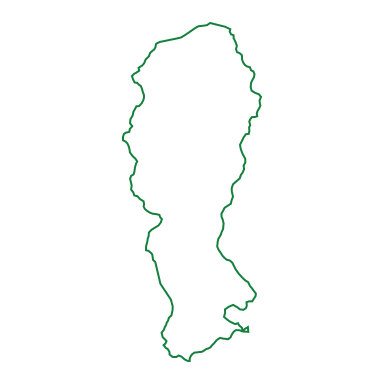 Bela Vista do Toldo, Santa Catarina, Brazil (Albers equal-area conic projection)
{"feature_id": "56859067B62189551957351", "entity_name": "Bela Vista do Toldo", "entity_type": "district", "adm_level": 2, "iso_a3": "BRA", "parent_name": "Brazil", "parent_adm1": "Santa Catarina", "projection": "albers", "projection_center": [-50.481, -26.437], "detail": "fine", "context": "isolated", "style": "outline", "palette": "green", "viewbox_px": 384, "rotation_deg": 0, "n_neighbors": 0, "source": "geoboundaries", "source_scale": "gbopen_adm2", "svg_char_len": 3574}
<svg xmlns="http://www.w3.org/2000/svg" viewBox="0 0 384 384"><path d="M242.6,331.3L241.9,327.7L239.1,325.4L238.0,323.2L235.4,324.1L233.2,323.2L230.5,321.9L228.5,320.6L226.2,318.8L224.0,316.9L225.1,312.9L225.0,309.4L228.2,307.1L230.7,305.9L233.2,304.9L237.5,307.4L240.0,309.4L243.4,309.8L245.9,308.2L246.8,305.8L246.5,302.2L249.3,301.3L252.2,301.4L253.8,298.8L255.5,296.3L255.9,293.6L253.9,291.0L252.1,288.5L249.8,285.7L248.2,282.2L245.5,280.6L243.3,278.6L241.4,276.6L239.3,274.4L237.7,272.2L235.6,269.3L234.0,266.0L232.3,262.7L229.7,260.4L226.8,259.8L224.4,257.8L222.4,255.6L220.8,253.0L218.5,249.6L217.2,246.5L217.7,241.7L218.3,238.9L219.7,236.7L220.8,234.7L221.6,232.1L223.1,229.0L223.3,226.5L223.6,223.3L222.7,219.5L221.6,216.9L221.4,213.8L223.2,210.6L224.6,207.8L227.8,205.7L230.9,203.7L231.5,200.6L233.0,196.6L231.8,191.4L231.7,188.2L233.0,184.3L236.8,180.9L239.7,178.5L240.9,174.9L242.6,172.6L244.1,169.1L243.6,165.5L245.3,162.6L245.3,159.0L244.1,156.6L242.9,154.5L241.8,151.9L240.6,148.3L240.0,144.8L241.8,141.2L243.6,137.4L245.9,134.2L248.7,133.9L249.4,131.0L249.1,127.4L250.2,125.2L249.3,121.5L250.2,119.3L251.9,117.1L255.0,117.0L257.2,116.2L256.8,113.5L257.5,111.1L259.3,108.0L260.4,105.6L259.8,103.1L259.6,100.4L261.0,96.8L258.8,94.2L255.2,92.9L251.6,90.7L250.7,87.2L251.0,83.1L252.5,79.8L253.9,77.4L254.5,74.2L253.4,71.4L251.1,70.3L249.9,67.2L247.1,66.5L244.9,64.9L243.4,62.9L242.1,59.7L241.9,55.2L239.7,53.2L237.0,52.1L236.0,49.1L236.9,45.9L235.5,41.9L233.6,38.2L233.6,35.2L231.0,34.3L229.7,31.5L230.3,29.2L225.0,26.7L210.0,23.0L207.2,25.1L204.2,25.6L201.8,25.9L198.6,26.2L196.3,27.4L193.7,29.1L191.0,31.0L188.4,32.8L186.3,34.2L183.5,36.0L181.0,37.5L178.0,38.2L174.7,38.9L172.3,39.4L169.3,40.0L165.0,40.9L162.6,41.4L159.8,41.9L156.1,43.8L155.4,47.3L154.2,49.5L152.3,50.9L150.1,53.0L148.8,56.5L145.7,59.4L144.1,63.3L142.1,65.6L138.5,67.9L139.3,70.6L136.1,72.8L134.1,73.8L131.9,76.1L133.0,79.2L134.6,82.5L137.1,82.8L138.8,84.6L140.7,85.9L141.8,88.3L142.7,91.6L143.9,94.9L144.0,97.6L143.2,100.5L141.6,103.4L139.1,106.1L136.4,106.3L134.9,109.2L133.5,111.6L132.6,115.6L130.4,119.3L130.0,123.2L132.3,126.2L129.8,129.0L129.3,131.9L125.8,132.7L124.0,133.9L123.0,136.9L123.0,140.3L125.8,141.7L127.4,143.5L128.8,146.5L129.6,149.8L129.9,152.3L132.5,156.0L135.4,158.7L137.2,161.4L136.1,163.5L135.0,167.3L134.4,171.7L133.6,174.4L131.1,175.9L130.1,178.8L130.9,182.1L131.7,185.6L131.1,189.6L133.3,192.3L134.2,195.4L137.4,196.2L140.0,199.1L143.6,201.3L144.1,204.2L143.6,206.6L144.9,209.0L147.1,210.9L149.6,212.5L152.6,213.7L156.1,214.1L159.4,214.9L160.2,217.2L161.9,219.2L160.8,222.4L158.5,225.5L156.6,226.6L154.2,228.1L151.6,229.7L148.9,232.5L148.6,236.4L147.7,238.8L147.3,241.7L146.1,246.3L146.0,250.2L148.7,251.0L150.7,252.7L152.2,254.3L152.6,256.6L153.0,259.8L155.3,262.1L158.7,276.5L160.4,283.8L169.3,297.2L170.9,299.6L171.7,302.7L172.7,306.2L172.6,309.6L172.2,312.0L171.4,315.5L168.9,317.7L168.0,320.8L166.7,322.7L166.1,325.0L164.8,327.0L164.0,329.6L161.6,332.7L162.7,337.2L165.0,339.4L166.5,341.2L165.4,343.6L163.6,345.1L165.7,347.9L167.7,349.0L169.4,351.8L169.6,354.6L172.7,357.0L176.4,357.0L178.5,355.5L181.6,356.7L184.5,359.3L187.3,360.8L189.7,361.0L189.7,358.6L190.7,356.2L192.3,354.1L194.7,352.5L197.1,352.4L199.4,352.0L201.9,351.8L204.2,350.5L205.9,349.2L208.2,348.5L210.5,347.3L211.8,345.5L214.2,343.2L216.6,340.2L220.0,337.9L223.0,338.6L225.3,338.8L227.9,339.3L230.5,337.4L231.9,334.4L233.8,331.6L235.7,330.2L239.3,330.2L242.6,331.3ZM242.6,331.3L244.9,331.6L248.3,331.8L247.9,327.1L244.6,329.1L242.6,331.3Z" fill="none" stroke="#15803d" stroke-width="2"/></svg>